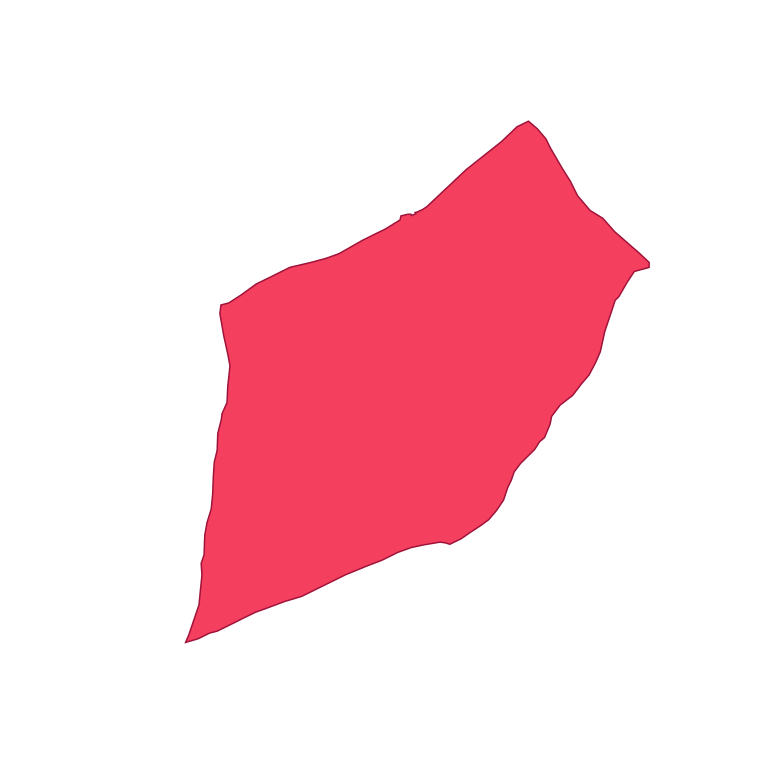 Akoko South West, Ondo, Nigeria (orthographic projection), rotated 334°
{"feature_id": "59680162B66461609617276", "entity_name": "Akoko South West", "entity_type": "district", "adm_level": 2, "iso_a3": "NGA", "parent_name": "Nigeria", "parent_adm1": "Ondo", "projection": "orthographic", "projection_center": [5.689, 7.401], "detail": "fine", "context": "isolated", "style": "filled", "palette": "rose", "viewbox_px": 768, "rotation_deg": 334, "n_neighbors": 0, "source": "geoboundaries", "source_scale": "gbopen_adm2", "svg_char_len": 1765}
<svg xmlns="http://www.w3.org/2000/svg" viewBox="0 0 768 768"><g transform="rotate(334 384 384)"><path d="M633.7,221.9L629.0,211.1L616.4,211.1L596.0,217.6L579.2,221.3L567.4,223.9L552.0,227.3L548.5,228.4L546.2,229.1L500.2,243.4L494.3,244.2L492.1,243.9L490.3,244.1L488.5,243.8L487.1,243.5L487.2,245.0L482.5,244.6L482.7,243.2L481.4,242.6L479.8,241.9L478.6,241.6L477.7,241.3L476.2,241.1L473.0,240.3L470.3,243.6L464.9,244.1L453.0,245.3L445.3,245.3L441.0,245.3L427.8,245.4L401.1,247.1L399.5,247.0L386.9,245.6L371.2,242.6L350.7,237.9L328.7,238.1L315.8,238.1L313.0,238.1L294.1,241.4L280.0,243.1L272.1,241.5L267.3,248.8L263.9,260.8L261.2,270.0L256.6,289.0L253.5,300.1L251.0,304.2L242.6,317.5L234.8,331.8L225.4,339.7L222.3,344.5L212.9,355.6L205.0,370.4L198.9,377.8L197.5,379.4L195.2,383.3L189.9,392.6L182.2,407.0L181.8,407.8L173.9,420.6L164.0,431.2L156.7,441.2L147.4,458.6L141.1,465.0L136.5,476.1L128.7,488.7L120.9,501.4L98.9,523.6L92.4,529.3L105.3,531.5L117.9,531.4L125.7,533.0L147.8,532.9L153.6,532.8L168.2,532.8L182.4,534.3L198.1,535.8L199.1,535.9L217.0,538.8L237.5,538.7L265.8,538.6L287.8,540.0L305.2,541.5L322.5,541.4L336.6,542.9L349.2,546.0L365.0,550.7L369.7,553.8L372.9,556.9L385.5,556.9L396.5,555.2L409.1,553.6L418.5,551.9L429.5,547.1L440.5,540.8L449.9,531.2L456.1,526.4L462.4,520.1L471.8,515.3L481.2,512.1L490.7,508.9L498.5,504.1L504.8,502.5L515.7,492.9L520.4,486.6L530.5,481.5L533.0,480.2L548.7,476.9L561.2,470.6L572.2,465.8L583.2,457.8L592.6,449.8L605.1,434.0L620.7,418.1L628.5,410.1L633.3,408.5L647.4,399.0L655.6,394.2L658.3,392.6L673.4,395.4L675.6,390.9L670.8,378.3L658.1,348.3L653.3,331.0L646.8,320.7L645.3,318.4L640.5,299.5L640.4,283.7L638.7,267.9L637.0,244.2L637.0,234.7L636.6,233.2L633.7,221.9Z" fill="#f43f5e" stroke="#9f1239" stroke-width="1.5"/></g></svg>